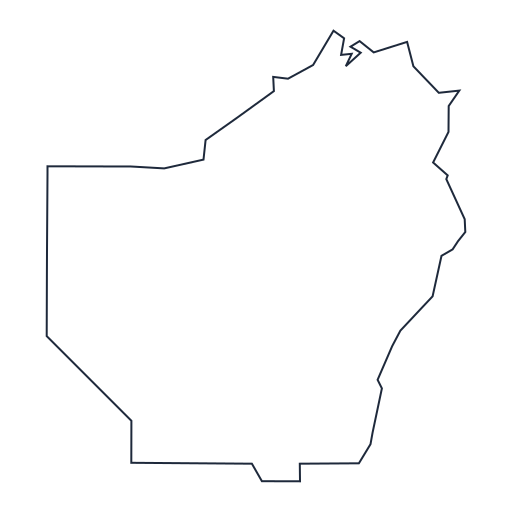 Ouachita, Louisiana, United States of America (orthographic projection)
{"feature_id": "52423323B30990812518613", "entity_name": "Ouachita", "entity_type": "district", "adm_level": 2, "iso_a3": "USA", "parent_name": "United States of America", "parent_adm1": "Louisiana", "projection": "orthographic", "projection_center": [-92.094, 32.491], "detail": "fine", "context": "isolated", "style": "outline", "palette": "slate", "viewbox_px": 512, "rotation_deg": 0, "n_neighbors": 0, "source": "geoboundaries", "source_scale": "gbopen_adm2", "svg_char_len": 741}
<svg xmlns="http://www.w3.org/2000/svg" viewBox="0 0 512 512"><path d="M131.3,462.8L251.9,463.7L261.9,481.2L300.0,481.3L299.8,463.7L358.9,463.3L370.5,444.2L372.6,432.5L381.9,388.4L377.6,379.8L392.2,346.1L400.4,330.6L432.6,296.3L441.5,255.8L452.6,249.4L458.0,241.2L465.3,232.0L464.7,219.2L446.3,179.1L447.7,175.4L433.1,162.5L448.5,131.9L448.7,106.0L459.3,90.6L438.8,92.8L413.4,66.3L407.1,41.9L373.7,52.4L359.6,41.1L350.5,46.7L360.7,52.7L345.8,66.2L351.7,53.8L341.1,54.9L344.1,38.3L333.5,30.7L313.1,65.0L288.0,78.7L273.2,76.9L273.9,91.1L236.7,118.0L205.6,140.0L203.5,159.6L164.2,168.4L131.1,166.5L47.5,166.3L47.5,173.4L47.0,251.0L46.9,274.4L46.7,336.1L122.8,412.2L131.4,420.8L131.3,462.8Z" fill="none" stroke="#1e293b" stroke-width="2"/></svg>